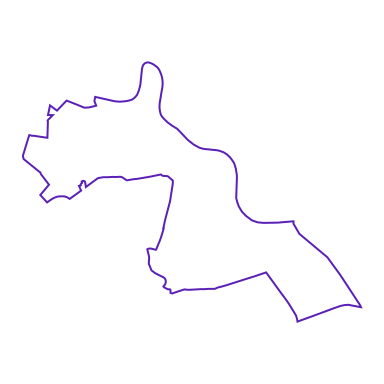 the district of Duong Kinh, Hải Phòng, Vietnam
{"feature_id": "81297802B62167717430855", "entity_name": "Duong Kinh", "entity_type": "district", "adm_level": 2, "iso_a3": "VNM", "parent_name": "Vietnam", "parent_adm1": "Hải Phòng", "projection": "natural_earth1", "projection_center": [106.703, 20.785], "detail": "fine", "context": "isolated", "style": "outline", "palette": "violet", "viewbox_px": 384, "rotation_deg": 0, "n_neighbors": 0, "source": "geoboundaries", "source_scale": "gbopen_adm2", "svg_char_len": 3223}
<svg xmlns="http://www.w3.org/2000/svg" viewBox="0 0 384 384"><path d="M361.0,307.2L360.1,305.2L340.3,275.0L327.3,257.2L299.4,233.9L293.5,223.7L293.5,221.3L282.6,222.2L279.7,222.5L278.4,222.6L274.0,222.7L263.4,222.9L257.5,222.3L252.0,220.4L246.0,215.9L241.9,211.6L238.9,206.6L237.1,201.7L236.2,197.9L236.9,177.9L236.8,174.7L235.9,169.0L234.6,164.5L233.9,162.8L231.7,159.5L229.9,157.2L227.1,154.6L225.2,153.3L223.6,152.3L222.0,151.7L219.4,150.8L217.4,150.3L214.6,150.0L211.4,149.7L208.0,149.3L205.1,149.1L201.8,148.5L199.0,147.5L193.3,144.3L187.9,140.0L179.9,131.6L177.3,128.9L171.7,125.4L167.8,122.5L164.5,119.4L162.3,117.0L160.8,114.6L160.0,111.5L159.5,107.8L159.6,103.8L161.3,93.2L162.4,87.0L162.7,83.3L162.6,82.3L162.5,80.1L161.9,76.8L160.9,73.7L159.3,70.0L157.4,67.3L155.1,65.6L153.1,64.2L151.6,63.5L149.5,62.7L148.0,62.4L146.8,62.5L145.6,62.9L144.7,63.4L143.2,65.0L142.5,66.9L142.0,69.0L141.5,73.5L140.4,84.2L140.1,85.9L139.5,88.0L138.8,90.6L137.6,93.6L136.9,95.1L135.4,96.9L134.2,98.1L132.0,99.6L129.2,100.5L125.7,101.2L120.0,101.7L118.8,101.6L116.8,101.5L113.9,101.1L95.2,96.9L94.4,101.0L96.2,105.7L89.2,107.4L85.0,107.7L84.1,107.6L75.6,104.1L66.6,100.6L63.4,103.9L57.0,110.6L50.0,105.4L48.0,115.0L52.8,115.1L47.6,120.4L47.6,120.7L47.9,121.8L47.4,137.8L42.6,137.1L33.3,135.7L32.3,135.8L29.3,135.1L28.3,138.1L24.3,151.2L23.1,155.1L23.0,155.9L23.1,156.8L23.3,157.8L23.6,159.0L24.7,159.9L38.5,171.1L40.1,172.3L40.5,172.7L40.6,173.4L40.9,174.2L41.9,175.4L49.0,184.7L40.3,195.0L47.1,202.4L50.6,199.9L53.0,198.4L54.9,197.5L57.3,196.7L57.5,196.6L59.1,196.4L61.8,196.3L64.5,196.4L67.0,197.2L68.6,198.2L69.7,198.9L81.1,190.6L79.0,185.9L80.4,185.6L80.8,185.3L80.6,184.5L81.0,183.8L81.9,183.1L82.2,182.8L81.7,181.5L82.7,181.0L83.7,180.8L84.8,181.4L85.2,182.5L85.9,187.0L97.7,178.3L98.5,178.0L103.3,177.2L107.4,177.2L113.0,176.9L115.5,177.0L120.2,176.8L121.1,176.9L121.8,177.1L122.7,177.6L126.6,180.2L127.2,180.3L129.3,179.9L132.9,179.3L135.8,179.0L136.1,179.0L139.4,178.5L150.5,176.6L160.8,174.5L161.2,174.7L162.1,175.5L162.6,175.8L163.4,175.9L167.1,176.1L168.0,176.4L172.8,180.5L172.8,182.8L172.8,183.7L170.5,198.2L170.4,199.4L169.9,201.8L165.7,217.7L164.8,221.3L164.1,224.6L163.5,227.7L163.3,228.2L163.7,228.3L162.0,234.3L160.4,239.1L159.4,241.8L158.8,243.1L156.8,248.0L156.1,249.6L155.7,249.8L152.1,248.8L150.3,248.5L148.8,248.6L148.0,248.9L147.3,249.3L148.5,254.2L149.2,257.4L149.0,260.5L148.8,263.2L148.9,264.2L149.1,264.6L149.7,265.8L151.1,269.6L151.8,270.6L155.2,273.2L163.8,277.5L164.9,278.5L165.6,279.9L165.8,281.3L165.7,282.6L165.2,284.1L164.9,284.6L163.4,286.5L164.1,287.3L164.8,287.7L167.4,289.1L168.4,289.4L169.5,289.2L170.0,289.4L170.5,290.0L170.5,291.3L170.5,292.9L172.1,293.5L177.3,291.7L184.4,289.4L184.7,289.4L186.4,289.7L189.3,289.8L200.1,289.2L200.5,289.1L201.3,289.1L203.9,289.2L207.8,288.9L214.3,288.9L215.5,288.6L216.9,287.9L217.9,287.5L222.0,286.5L225.5,285.5L248.8,278.1L254.3,276.4L266.1,272.4L273.3,282.3L282.0,294.3L282.9,295.4L284.5,297.6L287.0,301.1L289.0,304.0L290.7,306.8L294.9,313.6L296.2,315.9L296.5,317.2L296.9,318.5L297.1,319.3L297.5,321.6L299.4,320.9L312.4,316.2L332.8,308.6L340.3,306.0L344.4,305.1L348.5,304.8L351.8,305.5L361.0,307.2Z" fill="none" stroke="#5b21b6" stroke-width="2"/></svg>